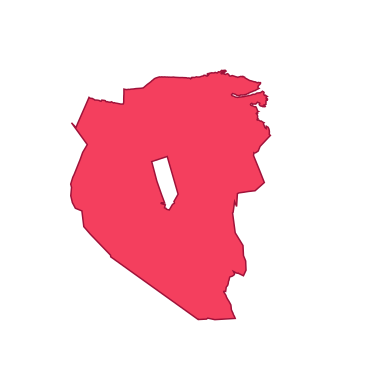 the district of San Pedro Tapanatepec, Oaxaca, Mexico, rotated 152°
{"feature_id": "50627088B78026190251836", "entity_name": "San Pedro Tapanatepec", "entity_type": "district", "adm_level": 2, "iso_a3": "MEX", "parent_name": "Mexico", "parent_adm1": "Oaxaca", "projection": "equal_earth", "projection_center": [-94.317, 16.304], "detail": "fine", "context": "isolated", "style": "filled", "palette": "rose", "viewbox_px": 384, "rotation_deg": 152, "n_neighbors": 0, "source": "geoboundaries", "source_scale": "gbopen_adm2", "svg_char_len": 5914}
<svg xmlns="http://www.w3.org/2000/svg" viewBox="0 0 384 384"><g transform="rotate(152 192 192)"><path d="M294.2,172.9L246.5,76.7L246.2,76.8L246.0,76.3L238.9,73.0L237.3,73.2L231.8,68.6L213.2,60.1L213.0,61.7L213.0,64.3L212.7,65.9L212.7,66.8L212.5,69.5L210.7,74.0L210.7,78.2L210.9,80.6L210.9,83.2L210.6,84.6L210.6,85.4L210.9,88.5L210.8,89.1L210.6,89.3L210.1,89.2L209.6,88.9L209.0,88.4L207.3,90.7L206.7,91.7L205.9,92.2L204.5,92.7L204.0,93.2L203.2,93.9L202.4,95.0L202.0,95.7L200.8,96.7L199.2,98.6L198.5,99.2L197.8,99.2L196.4,98.8L194.5,98.9L193.5,99.2L192.8,99.8L192.7,102.4L191.1,100.0L190.4,99.2L189.6,98.7L189.2,98.6L189.0,98.1L185.9,93.9L181.0,97.6L177.0,105.9L176.4,111.7L172.1,120.8L173.0,135.7L166.0,154.5L165.2,154.8L158.9,163.5L159.4,158.3L152.7,169.2L151.0,169.2L146.4,167.5L142.0,166.0L135.7,163.5L123.7,166.4L122.1,180.4L120.6,195.2L119.1,197.4L119.0,197.1L117.0,196.8L114.3,197.1L110.5,200.3L96.2,205.2L96.7,206.6L95.4,208.8L94.8,210.3L94.5,211.7L94.4,213.4L94.8,213.9L95.2,214.7L95.5,215.2L96.4,213.9L96.7,213.2L97.1,213.8L97.4,214.9L97.1,216.6L97.0,218.3L96.7,218.8L96.3,219.3L95.9,219.4L96.5,220.1L97.5,222.1L98.2,222.3L98.6,222.9L98.8,223.5L99.1,223.9L100.6,224.9L100.5,225.5L100.1,225.7L99.3,225.7L99.4,226.4L99.2,227.1L98.7,227.6L98.2,229.0L98.1,229.6L98.4,230.9L98.4,231.2L98.1,231.3L98.0,231.2L97.5,230.7L97.3,230.8L96.9,230.8L96.8,231.8L96.7,231.9L96.2,232.1L95.6,232.0L96.0,232.5L96.1,232.9L95.9,233.5L95.6,235.8L95.6,236.6L95.6,237.2L95.8,237.5L96.4,237.6L96.7,237.8L98.1,239.7L98.8,240.3L98.8,240.6L99.4,241.1L99.4,241.7L98.9,242.2L98.3,242.3L97.7,242.3L97.3,241.9L97.2,241.0L97.0,240.9L96.3,240.8L94.4,239.7L94.0,240.0L93.3,240.0L92.6,240.4L92.0,240.6L91.9,240.5L91.3,239.5L90.5,238.9L90.6,238.3L91.5,237.8L91.6,237.5L91.5,236.9L91.2,235.9L91.0,235.7L90.6,235.5L90.1,234.9L89.3,234.7L89.2,234.4L89.4,234.2L89.3,233.9L88.9,234.0L88.3,233.8L87.9,233.2L87.2,233.1L87.2,233.3L87.7,233.7L87.8,234.1L87.7,234.8L87.5,235.1L86.2,234.6L85.5,234.7L85.2,235.5L84.5,236.5L84.3,236.9L84.2,237.4L84.0,237.7L83.3,237.9L82.4,237.7L81.9,238.3L81.7,238.5L81.7,238.8L82.4,238.7L82.7,239.1L82.8,239.4L82.6,239.8L82.2,240.4L82.0,240.7L81.4,241.0L80.7,241.0L81.5,242.3L81.5,242.6L81.6,242.9L82.2,242.8L82.4,243.0L82.7,243.5L82.6,244.7L82.3,245.4L82.0,245.7L81.7,245.9L81.7,246.4L81.8,246.9L82.1,247.2L82.5,247.9L83.6,247.7L85.1,247.6L86.2,248.1L87.3,248.4L87.5,248.6L88.4,248.9L88.9,248.9L89.7,248.7L91.1,249.0L91.5,249.3L92.6,249.7L94.5,249.8L95.6,250.1L96.7,250.6L97.3,250.6L100.4,251.6L101.4,251.8L103.0,252.5L103.5,252.6L104.3,253.0L104.9,253.2L105.5,253.5L107.2,254.0L108.8,255.2L109.1,255.3L109.9,256.6L111.4,258.2L111.6,258.7L111.4,259.4L110.5,259.6L110.1,259.9L109.8,259.9L108.7,258.7L107.9,258.0L107.2,256.6L106.7,256.1L105.6,255.3L104.5,254.8L104.1,254.8L103.5,254.9L101.9,253.9L100.3,253.3L100.0,253.3L98.6,252.8L96.6,252.7L96.1,252.5L95.7,252.7L93.3,252.6L92.3,252.4L90.0,252.3L88.5,251.9L86.9,252.1L86.0,252.0L84.2,252.0L84.5,252.5L84.6,252.9L84.7,253.3L84.5,253.8L84.2,254.1L83.9,254.2L83.7,254.6L80.7,255.5L80.2,256.4L80.4,256.6L80.8,256.6L81.8,257.5L82.1,257.5L82.3,257.7L82.8,257.6L83.1,257.8L83.8,258.6L84.0,259.1L84.5,259.6L85.4,260.2L87.8,262.6L88.7,263.3L91.6,267.8L91.6,268.7L92.5,269.6L92.7,270.2L92.9,270.3L93.2,270.0L93.7,270.3L94.2,270.9L94.8,271.2L96.0,271.4L96.4,271.6L97.0,271.6L97.8,271.7L98.2,272.4L98.9,272.9L100.4,274.5L101.9,276.0L103.1,276.1L104.1,276.6L104.5,277.3L104.4,278.0L104.6,279.0L105.2,279.9L107.2,280.0L108.3,281.1L108.8,281.9L110.5,282.5L110.7,282.9L110.1,283.3L109.9,283.8L109.4,283.7L108.8,283.5L107.5,282.4L107.3,282.2L107.0,282.1L106.9,282.2L106.8,282.9L107.1,283.5L107.8,283.7L107.8,284.2L107.6,284.3L107.3,284.2L106.3,283.0L106.0,282.9L105.8,283.0L105.3,282.7L105.2,282.9L105.2,283.3L105.4,283.7L105.7,284.0L106.9,284.5L108.0,284.7L108.2,285.1L108.5,285.4L109.0,285.5L109.3,285.4L109.9,285.0L111.1,285.0L111.5,285.1L112.3,285.8L113.5,285.2L114.6,285.8L115.3,286.7L115.8,286.8L116.3,286.7L117.1,287.0L118.2,287.7L118.8,287.9L119.1,288.3L119.4,288.2L119.9,288.2L120.5,288.6L121.5,288.7L122.3,289.1L123.0,289.1L123.2,288.9L123.3,288.5L123.2,288.3L122.9,288.4L122.1,288.2L121.9,287.9L122.9,287.4L123.8,287.2L124.4,287.4L124.8,287.7L125.3,288.6L126.6,289.5L127.4,289.2L129.4,289.7L131.4,290.0L133.2,290.9L133.8,291.5L134.4,291.7L136.1,291.9L136.6,292.4L137.3,292.6L138.1,293.2L138.5,293.3L138.8,293.2L139.0,292.6L139.6,292.7L140.2,292.6L140.4,293.6L140.9,293.7L141.8,294.5L142.6,294.7L143.0,295.2L143.7,295.8L144.6,296.2L144.9,296.5L145.3,296.6L146.4,297.4L149.1,298.8L153.4,301.4L154.1,302.0L156.7,303.2L158.5,304.3L158.8,304.3L159.6,305.0L160.2,305.2L162.2,306.5L163.8,307.2L164.5,307.8L165.7,308.2L166.7,308.9L168.1,309.2L170.3,309.6L171.6,309.7L173.1,309.5L174.0,309.2L175.1,309.1L175.9,308.8L177.9,308.4L180.8,308.0L186.1,306.8L188.0,307.4L193.1,309.7L195.2,310.4L197.9,311.6L198.6,311.7L200.2,312.6L200.9,312.8L201.3,313.0L201.9,313.2L203.8,314.8L206.2,310.3L206.9,309.2L208.9,305.7L209.4,304.6L210.6,302.7L211.4,302.0L213.4,302.9L216.4,305.4L217.9,306.5L218.6,307.3L219.5,307.5L220.5,309.1L221.0,309.6L221.9,309.4L222.3,309.6L222.6,310.0L223.3,310.4L224.3,311.5L224.7,311.6L225.4,312.0L225.6,312.6L225.6,313.2L226.1,313.8L228.5,315.5L228.9,315.4L229.2,315.1L229.7,314.8L230.3,315.3L231.0,316.4L232.2,317.4L234.7,318.9L235.2,320.1L235.8,320.8L236.0,321.3L238.0,322.7L238.5,323.9L245.1,318.6L260.3,306.6L263.9,303.6L264.2,303.9L264.5,304.4L264.6,305.0L265.4,307.7L265.9,309.7L262.2,283.0L269.9,278.3L275.6,273.1L287.7,262.9L290.3,261.0L295.4,255.9L296.2,252.6L300.8,245.6L302.6,238.8L302.6,232.4L298.1,227.0L303.8,212.2L301.5,202.2L293.6,174.5L294.2,172.9ZM221.6,193.2L224.6,196.3L224.3,196.5L224.1,196.9L223.8,196.8L221.3,195.2L220.1,204.1L217.9,218.3L213.3,237.8L197.2,235.0L205.3,196.6L212.4,192.1L212.3,191.6L212.8,190.4L215.0,190.2L220.5,186.8L222.7,188.8L222.6,189.8L223.7,191.0L221.6,193.2Z" fill="#f43f5e" stroke="#9f1239" stroke-width="1.5"/></g></svg>